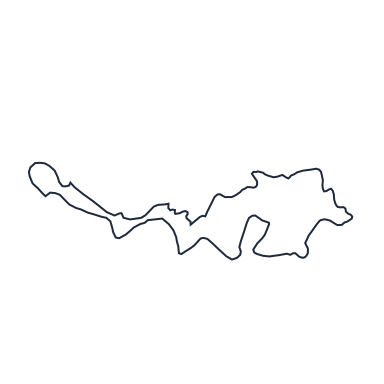 outline of Al-Karkh, Baghdad, Iraq, rotated 133°
{"feature_id": "34846034B16930377854620", "entity_name": "Al-Karkh", "entity_type": "district", "adm_level": 2, "iso_a3": "IRQ", "parent_name": "Iraq", "parent_adm1": "Baghdad", "projection": "orthographic", "projection_center": [44.409, 33.178], "detail": "fine", "context": "isolated", "style": "outline", "palette": "slate", "viewbox_px": 384, "rotation_deg": 133, "n_neighbors": 0, "source": "geoboundaries", "source_scale": "gbopen_adm2", "svg_char_len": 2828}
<svg xmlns="http://www.w3.org/2000/svg" viewBox="0 0 384 384"><g transform="rotate(133 192 192)"><path d="M155.7,67.3L154.1,69.0L152.9,72.6L152.1,74.4L148.9,75.4L144.1,77.0L138.8,77.6L130.8,78.7L126.4,79.0L124.8,78.7L121.7,76.6L120.3,74.5L118.7,71.4L118.2,68.4L117.6,65.6L117.1,63.2L115.5,61.5L113.8,60.0L113.2,59.9L111.9,59.9L109.8,59.5L108.1,58.4L106.3,57.9L104.6,57.5L102.5,57.0L100.6,58.1L100.4,60.4L101.4,63.2L101.4,66.0L99.5,68.5L99.7,70.8L102.0,73.0L103.5,75.1L103.5,76.9L102.4,79.8L100.6,82.8L98.9,84.7L97.0,86.7L95.1,89.9L94.8,92.5L96.8,93.6L99.8,94.4L101.5,95.9L100.2,98.8L98.2,101.1L94.0,104.5L91.4,108.2L89.2,111.5L89.0,114.5L90.4,117.2L94.3,120.1L100.8,125.5L106.0,128.5L109.4,129.4L112.5,130.8L115.1,130.6L116.4,130.8L117.1,133.0L117.6,135.9L117.8,137.5L122.5,140.0L125.6,142.4L128.2,147.6L129.3,150.7L129.4,153.0L130.7,155.5L132.2,158.1L133.1,158.3L135.5,160.8L137.9,160.6L138.5,157.5L139.7,152.2L140.8,150.6L142.8,149.1L145.1,148.9L147.0,150.1L148.8,152.8L150.7,154.9L153.8,155.7L156.0,156.7L159.5,156.7L164.6,157.9L168.6,159.4L169.0,159.9L171.0,162.1L173.2,164.3L174.6,170.1L176.5,171.7L180.2,172.1L196.0,167.4L200.7,165.7L202.2,168.0L202.6,168.2L204.8,169.2L208.0,169.6L216.8,170.7L214.7,172.9L214.9,178.0L213.7,179.7L211.1,180.1L209.8,181.5L210.4,183.8L212.7,185.4L215.9,186.5L219.4,189.3L219.0,190.4L216.8,192.2L218.2,194.3L220.2,195.5L219.9,198.4L216.6,201.2L219.7,203.5L224.5,208.0L228.8,210.0L240.9,210.2L245.8,211.7L254.3,218.6L257.5,224.4L255.6,229.1L257.2,230.5L262.0,232.6L264.8,240.4L266.2,258.2L267.4,267.4L267.7,269.5L268.6,281.0L268.1,287.3L271.2,286.3L274.3,288.5L276.1,290.7L275.3,295.9L275.0,296.4L272.6,300.5L270.0,307.1L270.2,314.3L271.4,319.1L274.3,323.1L278.0,326.5L279.7,326.6L284.2,327.0L288.5,325.0L291.1,321.6L292.9,317.8L294.4,314.5L294.4,306.6L294.9,301.1L295.0,296.3L289.2,295.3L286.1,291.3L284.2,286.8L284.5,280.7L284.8,273.2L282.8,266.0L280.6,261.6L278.2,254.3L275.0,248.0L271.7,241.0L269.3,237.1L269.1,231.8L271.4,227.9L273.0,225.3L275.1,222.4L277.3,216.8L275.4,213.7L268.3,211.4L262.6,210.7L257.7,210.4L250.7,208.0L246.9,205.6L242.7,205.1L238.3,201.3L231.7,195.6L231.3,187.0L232.7,179.4L235.8,172.8L238.4,169.4L241.1,165.0L245.7,159.8L244.7,157.5L239.5,156.2L234.0,154.7L229.1,153.9L220.2,154.0L217.6,152.2L215.8,148.7L215.6,141.5L215.7,132.2L215.6,124.3L215.6,123.2L214.1,116.7L209.5,114.2L205.0,113.9L202.2,115.7L200.0,119.8L194.7,122.7L186.8,126.3L177.1,130.9L172.2,132.6L168.4,131.8L167.6,131.1L166.1,129.8L165.4,125.3L164.9,121.3L163.6,118.5L162.0,114.8L162.9,113.7L168.3,111.6L173.5,109.6L178.0,109.1L185.0,109.2L192.4,107.9L193.8,105.1L193.0,102.2L190.3,96.7L186.4,91.5L179.1,85.5L172.5,80.6L170.8,77.2L168.0,76.4L166.3,74.7L166.2,70.8L166.2,69.2L164.5,66.0L162.6,64.9L160.5,64.9L158.5,65.3L157.5,65.8L155.7,67.3Z" fill="none" stroke="#1e293b" stroke-width="2"/></g></svg>